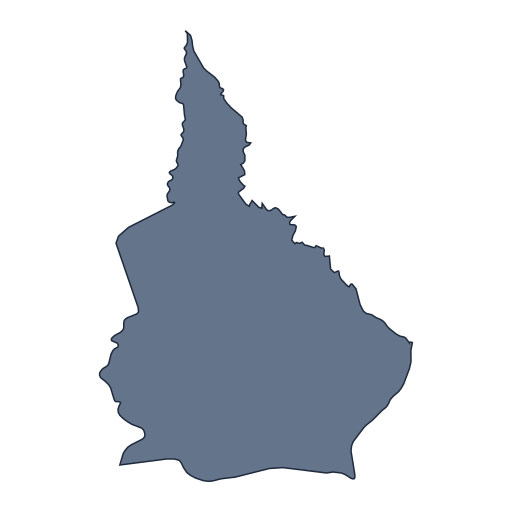 the Economic Prefecture of Nana-Grébizi
{"feature_id": "CAF-807", "entity_name": "Nana-Grébizi", "entity_type": "Economic Prefecture", "adm_level": 1, "iso_a3": "CAF", "parent_name": "Central African Republic", "parent_adm1": "", "projection": "albers", "projection_center": [19.251, 7.51], "detail": "fine", "context": "isolated", "style": "filled", "palette": "slate", "viewbox_px": 512, "rotation_deg": 0, "n_neighbors": 0, "source": "natural_earth", "source_scale": "10m", "svg_char_len": 4334}
<svg xmlns="http://www.w3.org/2000/svg" viewBox="0 0 512 512"><path d="M185.2,30.7L190.5,35.3L192.0,40.3L192.6,45.9L193.8,50.9L203.7,68.1L206.9,71.2L214.7,77.2L218.0,81.0L218.8,82.3L219.2,83.4L219.4,84.6L219.4,86.1L220.0,87.7L222.7,88.7L223.6,89.9L222.8,91.8L221.0,93.5L220.6,94.7L223.6,95.5L223.8,98.7L226.9,103.2L231.2,107.8L242.1,117.1L243.1,119.9L243.1,122.1L243.6,124.0L246.4,125.7L245.8,127.5L246.4,134.2L245.4,139.8L246.6,142.3L250.7,142.9L249.2,145.0L245.0,147.0L243.4,148.7L243.1,150.8L243.6,152.7L244.9,155.3L244.9,160.6L243.7,162.8L240.7,164.7L242.4,167.1L244.5,171.0L244.8,174.6L238.4,177.9L240.0,181.5L243.2,185.0L244.9,186.2L243.7,188.2L238.4,192.3L238.6,194.2L246.0,204.3L249.3,206.3L249.7,204.6L252.1,200.5L258.9,207.4L261.8,208.2L262.2,203.4L266.6,209.6L267.7,210.6L270.2,210.6L272.1,209.5L273.7,208.3L275.6,207.7L278.4,209.1L282.6,214.5L284.8,215.0L286.9,217.2L289.2,217.4L294.9,216.3L291.0,220.2L289.5,222.4L289.9,224.4L291.2,224.7L293.2,224.7L295.1,225.1L296.3,226.5L295.4,230.8L292.9,235.6L291.7,240.1L294.9,243.8L296.3,242.5L299.5,243.4L302.1,242.2L304.8,245.2L307.0,245.4L313.6,247.6L315.0,247.4L316.0,245.7L318.3,246.6L321.1,248.0L323.4,248.1L324.3,250.1L323.8,254.5L325.0,256.5L329.4,256.0L330.6,269.1L334.3,272.6L335.9,272.0L337.5,271.1L338.7,271.1L339.2,273.2L339.3,274.9L339.6,276.1L340.5,278.2L341.7,279.9L346.6,285.1L349.1,286.9L350.3,284.8L351.1,284.0L352.0,284.0L356.0,288.8L360.1,304.6L363.4,311.2L366.3,313.4L371.6,314.7L376.3,317.7L381.0,319.7L383.4,321.4L385.0,323.1L387.3,326.5L389.2,328.4L395.8,333.8L400.0,336.1L404.2,337.1L405.5,337.8L409.3,342.8L409.3,342.2L410.7,342.1L412.4,342.5L410.9,350.4L411.0,361.8L409.4,368.7L403.7,383.8L401.3,388.1L398.7,391.6L393.0,396.4L390.3,399.6L388.4,403.8L386.7,406.5L384.7,408.4L382.4,410.1L372.5,420.1L366.0,425.3L363.7,427.8L353.3,441.5L351.6,445.7L351.0,450.9L354.8,474.4L354.9,477.0L354.5,478.3L354.0,478.8L352.9,478.9L351.0,478.3L345.4,474.7L341.5,473.0L333.0,472.0L326.6,473.0L282.9,467.6L269.3,468.5L235.3,477.1L221.1,478.8L212.4,481.0L208.3,481.3L203.2,480.6L195.4,478.0L190.4,475.3L186.8,472.5L183.7,467.9L181.3,463.0L179.4,460.4L174.4,459.0L166.6,459.0L119.8,465.0L123.2,453.5L124.9,450.7L127.8,447.2L131.4,444.7L142.1,439.3L143.9,437.8L144.8,436.1L144.9,434.0L144.0,430.9L142.9,429.2L141.4,428.0L131.8,424.3L127.5,421.7L123.4,418.7L119.9,415.4L118.3,412.5L118.0,409.3L119.1,405.9L120.6,402.8L119.9,402.0L118.9,401.7L116.4,401.6L115.5,401.5L114.8,400.9L114.1,399.3L110.6,387.8L108.6,384.6L105.8,381.8L100.7,377.7L99.6,375.3L99.7,372.9L101.6,369.8L103.5,368.2L106.9,366.1L108.1,364.8L108.8,363.3L111.1,354.0L112.9,350.6L114.4,348.9L117.3,347.4L118.2,346.4L118.3,345.0L117.3,343.2L111.8,340.8L111.3,339.8L111.6,338.4L113.4,336.5L115.0,335.3L120.7,332.2L122.0,330.9L123.0,329.8L123.6,328.5L123.8,326.9L123.7,323.8L123.9,321.9L124.4,320.2L126.0,318.6L127.6,317.6L135.9,314.3L137.5,313.3L138.5,311.9L138.2,307.6L116.0,243.2L118.5,236.2L128.6,227.3L172.3,205.1L174.6,202.8L174.2,202.2L173.3,202.3L172.4,202.6L171.6,202.7L170.8,202.6L169.9,202.5L169.0,201.9L168.2,201.3L167.8,200.3L167.1,196.8L167.0,195.6L167.3,194.3L168.1,192.9L169.4,191.0L169.8,189.9L169.8,188.7L169.2,187.3L167.8,185.5L167.4,184.5L167.5,183.4L168.4,181.8L169.4,181.0L171.3,180.1L171.8,179.7L172.4,179.2L172.7,178.3L172.8,177.2L172.4,175.9L171.8,175.2L170.0,173.9L169.5,173.2L169.3,172.4L170.0,171.5L170.8,171.0L174.1,169.6L175.0,169.1L176.5,167.8L177.1,166.9L177.7,166.0L178.0,164.9L177.9,163.8L177.0,162.7L176.5,161.6L176.4,160.2L177.5,156.7L177.7,155.0L177.6,152.5L177.9,150.6L179.0,148.3L180.1,147.4L180.9,146.0L183.1,140.4L183.3,139.0L182.5,137.3L181.7,136.3L181.1,135.4L181.1,134.5L182.2,133.2L183.2,132.4L183.7,131.2L183.9,129.9L183.4,127.8L182.4,125.2L182.3,124.1L182.5,123.0L183.6,121.7L184.5,120.8L185.2,119.9L185.3,118.7L184.9,117.3L184.5,115.5L183.6,105.1L182.7,103.6L181.9,103.2L180.9,103.1L180.0,102.8L179.1,102.3L176.6,100.3L176.0,99.5L175.6,98.5L175.6,96.9L176.1,94.8L177.7,91.1L180.0,88.2L180.6,86.8L180.9,84.6L180.5,79.9L180.6,78.6L181.6,78.0L182.6,77.6L183.4,76.7L183.7,75.4L183.1,71.2L183.3,69.8L184.4,68.9L185.6,68.5L186.5,67.9L186.8,67.0L184.6,60.9L184.4,59.4L184.5,57.9L186.2,54.0L186.6,52.6L186.0,50.9L184.6,49.1L184.2,48.4L184.3,47.9L184.7,47.2L186.1,45.6L187.0,43.7L187.5,42.1L187.3,33.5L185.2,30.7Z" fill="#64748b" stroke="#1e293b" stroke-width="1.5"/></svg>